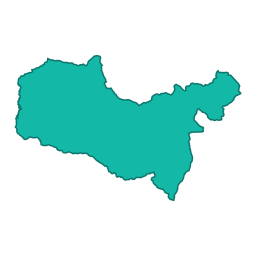 Quan Son, Thanh Hóa, Vietnam (orthographic projection)
{"feature_id": "81297802B81765499113898", "entity_name": "Quan Son", "entity_type": "district", "adm_level": 2, "iso_a3": "VNM", "parent_name": "Vietnam", "parent_adm1": "Thanh Hóa", "projection": "orthographic", "projection_center": [104.801, 20.254], "detail": "fine", "context": "isolated", "style": "filled", "palette": "teal", "viewbox_px": 256, "rotation_deg": 0, "n_neighbors": 0, "source": "geoboundaries", "source_scale": "gbopen_adm2", "svg_char_len": 5736}
<svg xmlns="http://www.w3.org/2000/svg" viewBox="0 0 256 256"><path d="M239.7,86.0L238.6,84.0L237.4,82.6L230.9,75.5L230.7,75.3L228.3,75.2L228.4,73.8L228.0,72.9L226.7,72.4L223.3,72.6L218.8,72.3L218.3,71.8L218.2,70.9L217.3,71.3L216.3,73.4L216.3,74.6L215.9,75.2L216.0,76.1L216.7,77.7L214.5,78.7L213.7,79.4L212.9,81.0L213.0,82.4L210.3,83.3L207.4,85.3L205.3,84.6L204.5,85.8L202.9,86.2L202.3,85.3L200.0,84.2L199.0,84.3L197.5,83.6L195.8,84.0L193.2,83.3L191.7,83.3L191.0,83.6L190.4,84.9L189.5,85.8L188.9,86.0L186.6,86.2L186.0,86.8L185.6,87.8L186.0,90.4L185.4,90.8L184.2,90.5L183.4,90.0L182.1,88.9L180.5,87.0L179.2,85.9L177.3,85.1L176.5,84.5L175.9,84.5L174.6,85.3L174.1,86.1L174.8,89.4L174.5,90.6L172.9,93.1L171.4,94.8L169.8,94.6L165.6,92.7L164.7,93.2L160.9,93.7L159.8,94.9L157.1,94.0L155.6,94.3L153.4,95.6L152.1,96.8L151.7,98.6L151.9,99.7L149.8,101.2L147.9,102.0L147.2,102.1L146.0,103.0L144.4,102.6L143.1,102.9L140.8,104.7L138.7,105.5L137.7,104.2L135.7,102.5L133.9,102.3L130.9,100.7L128.5,99.7L124.5,100.1L122.5,99.7L119.9,98.8L118.4,98.0L117.5,97.0L116.2,95.1L116.0,94.4L114.7,93.8L113.7,91.8L112.7,91.0L111.1,88.2L109.4,88.5L106.4,88.1L105.5,85.8L104.6,84.4L104.4,83.3L104.8,82.6L105.8,82.3L106.3,81.9L105.7,81.0L105.7,79.6L103.5,75.8L102.3,72.0L101.3,69.9L101.6,68.8L101.5,67.1L101.2,66.4L101.6,65.7L102.2,65.3L100.4,63.1L99.9,61.6L100.1,59.4L100.6,58.2L100.3,56.9L99.3,56.1L96.6,55.7L94.0,56.3L92.1,58.4L91.2,58.9L90.3,59.9L89.0,60.8L88.2,61.9L87.9,63.3L87.3,64.3L87.2,64.8L86.0,65.6L85.2,65.5L83.2,64.1L82.0,64.9L80.3,64.7L78.9,65.6L78.1,65.6L75.1,64.5L73.6,64.4L72.8,63.3L71.7,62.9L70.2,63.3L66.7,62.5L63.4,62.5L59.7,60.6L58.7,60.9L57.5,60.4L55.8,60.9L54.0,60.7L52.7,59.9L51.2,60.1L47.8,58.6L47.2,61.6L46.8,62.2L45.2,62.3L44.4,63.4L44.0,64.4L42.7,64.9L41.8,66.1L40.5,66.1L38.6,67.7L36.0,68.1L35.2,69.0L31.8,69.8L32.6,71.5L31.6,72.3L30.5,72.9L29.6,72.5L28.7,72.8L27.8,73.4L24.8,74.1L24.2,74.9L23.9,75.9L21.1,76.0L20.1,77.7L19.0,78.3L18.4,79.9L18.4,81.4L17.9,83.0L18.2,83.8L18.2,84.8L18.8,85.4L19.6,85.2L19.9,86.2L20.9,87.2L20.7,88.0L20.0,89.5L19.9,90.5L19.3,90.7L19.1,91.1L19.5,91.7L19.4,92.3L19.8,92.5L19.1,93.3L19.0,94.2L19.6,95.0L19.5,95.4L20.1,95.6L20.3,97.3L19.9,97.4L19.8,97.7L19.0,98.3L19.1,99.3L19.4,99.4L19.5,100.2L18.7,100.4L18.0,101.4L18.3,101.8L18.1,102.1L18.2,103.5L18.6,104.0L18.2,104.3L18.8,104.7L18.7,105.1L19.3,105.2L18.9,106.1L19.3,106.5L19.1,107.0L20.1,106.4L20.4,106.8L20.5,107.4L19.4,108.1L19.5,108.3L20.7,108.1L20.8,108.7L21.3,109.4L20.3,109.9L19.5,109.9L18.9,110.4L18.9,111.6L18.4,112.3L18.5,112.9L18.2,113.8L18.2,115.6L17.6,115.3L17.4,115.8L16.7,116.0L17.7,118.1L16.3,117.9L15.9,118.1L16.5,120.9L16.2,122.5L16.6,123.3L16.2,125.6L15.4,127.0L16.8,128.6L17.0,130.5L16.8,131.3L17.5,133.2L19.1,134.1L19.6,134.9L22.7,137.1L23.2,138.1L24.5,139.4L25.6,139.4L27.9,138.5L29.0,137.4L30.8,136.9L32.0,137.6L34.6,137.8L36.3,137.4L36.9,137.4L38.1,137.8L39.1,139.1L39.2,139.7L40.3,140.3L40.3,141.6L41.0,142.3L41.1,144.6L43.4,145.5L44.8,145.4L45.4,145.6L46.8,145.4L47.7,144.9L48.7,144.6L49.5,145.2L52.3,146.0L54.3,147.1L55.9,147.4L56.8,148.1L56.9,149.0L57.9,150.1L59.9,150.7L61.4,150.4L62.3,151.0L63.0,152.3L63.3,152.5L64.4,152.8L66.3,152.8L68.2,152.0L69.3,151.9L71.0,152.7L71.7,152.8L72.6,153.5L74.3,153.5L74.9,153.2L77.6,153.6L78.9,153.4L80.0,152.7L81.6,153.4L83.4,153.6L84.8,153.0L87.6,153.9L88.1,154.2L88.4,155.1L89.6,155.9L92.7,156.5L93.7,157.1L94.4,158.1L97.1,160.9L98.3,160.9L98.7,161.9L99.7,162.6L101.6,163.3L103.8,165.2L104.2,165.3L104.7,166.0L106.4,166.2L107.2,166.6L107.6,168.0L108.3,169.2L108.4,170.8L108.9,171.6L109.8,171.7L110.8,172.5L111.4,173.4L112.5,173.7L113.9,173.2L114.2,172.6L114.5,172.5L115.7,173.8L116.3,175.4L116.4,176.5L116.8,176.8L117.2,177.1L118.0,176.9L119.5,176.3L120.0,176.5L120.8,177.4L121.6,177.2L122.6,177.4L123.9,179.3L125.4,180.1L126.6,179.6L129.2,179.6L129.9,178.8L131.4,178.3L132.6,179.4L133.8,179.1L134.5,179.2L136.3,177.5L139.2,177.4L140.9,177.6L144.1,176.1L145.0,176.0L146.5,174.8L147.0,173.9L148.1,173.6L148.6,173.8L150.1,173.7L150.8,172.9L152.2,172.8L153.8,172.1L154.2,172.7L154.4,174.4L155.1,175.0L155.0,176.1L154.2,176.9L152.8,177.4L151.8,178.0L151.4,178.7L151.4,179.5L151.5,180.0L153.1,181.2L153.3,182.8L153.7,183.6L156.9,186.4L156.8,186.9L157.1,187.3L158.9,188.3L161.7,189.2L162.2,189.1L163.1,189.4L163.5,190.1L164.3,190.8L165.1,192.5L166.3,192.9L166.8,193.4L168.6,193.8L168.7,194.2L168.3,197.0L169.2,198.4L170.3,199.5L171.5,199.7L171.9,199.5L173.0,200.2L173.8,200.3L174.0,198.7L174.6,197.1L173.9,196.0L176.6,191.8L177.2,190.4L177.7,188.7L177.6,187.1L178.0,185.3L180.5,181.9L181.8,181.2L182.3,180.6L183.4,178.0L184.3,174.3L185.2,173.7L185.5,172.7L186.5,171.7L187.4,171.2L188.7,170.8L189.0,170.4L190.3,166.2L190.6,163.0L192.0,161.3L192.4,158.8L192.4,157.0L190.9,152.8L190.2,148.8L189.5,147.8L189.8,146.0L189.3,144.9L189.4,143.7L189.0,142.7L188.6,142.3L188.9,140.8L189.8,139.7L190.0,138.8L189.7,137.3L189.0,135.6L189.0,134.3L188.7,133.6L191.6,132.2L201.9,131.9L203.3,131.3L202.9,129.1L202.9,128.6L203.5,128.1L203.3,127.6L199.4,125.8L197.0,123.2L196.7,122.5L194.0,120.1L194.2,117.4L194.5,115.9L196.6,113.2L196.5,111.8L197.6,109.4L198.3,108.7L199.0,108.8L199.6,109.9L200.5,110.2L202.3,112.1L204.6,112.7L206.4,114.0L207.4,115.4L207.9,117.4L209.3,118.8L211.0,119.9L212.1,119.5L214.2,120.4L215.4,120.3L216.9,119.5L218.0,120.1L219.5,120.3L220.7,119.6L221.5,119.8L221.8,118.5L221.2,117.6L221.5,116.5L223.4,116.1L224.0,114.5L223.4,113.6L223.4,111.7L222.9,111.2L223.0,110.6L223.6,110.0L223.8,108.9L222.3,107.4L222.3,107.1L223.1,106.1L224.9,106.0L227.8,104.7L228.8,103.5L231.0,102.4L232.2,101.3L233.9,99.4L233.6,98.8L235.9,95.8L236.7,95.3L237.7,95.1L240.6,93.6L240.6,93.0L238.8,91.3L238.7,90.1L238.8,88.6L239.2,87.9L239.1,86.4L239.7,86.0Z" fill="#14b8a6" stroke="#0f766e" stroke-width="1.5"/></svg>